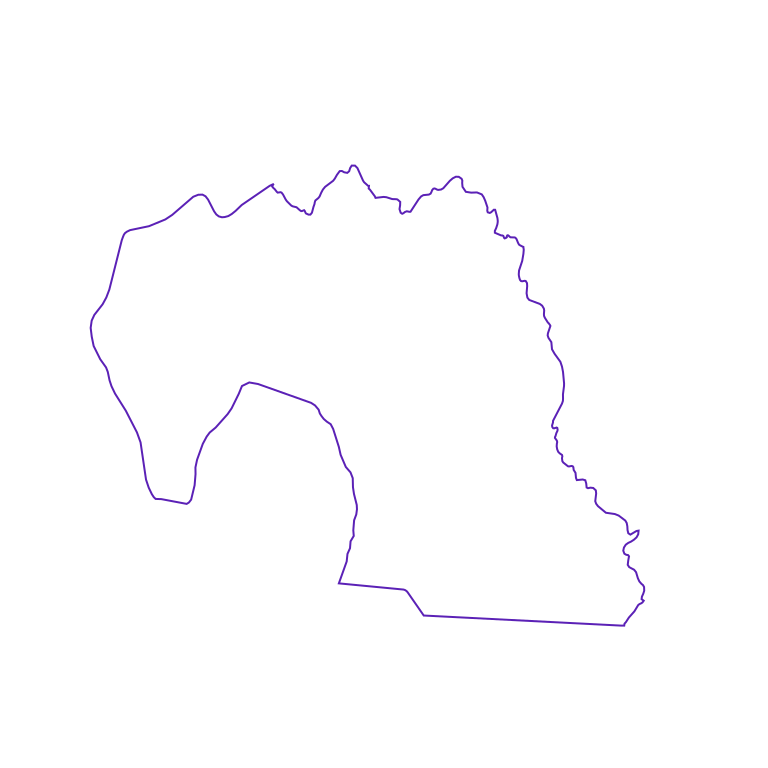 SVG path tracing the border of Western Equatoria, rotated 192°
{"feature_id": "SDS-864", "entity_name": "Western Equatoria", "entity_type": "State", "adm_level": 1, "iso_a3": "SSD", "parent_name": "South Sudan", "parent_adm1": "", "projection": "equal_earth", "projection_center": [28.334, 5.546], "detail": "fine", "context": "isolated", "style": "outline", "palette": "violet", "viewbox_px": 768, "rotation_deg": 192, "n_neighbors": 0, "source": "natural_earth", "source_scale": "10m", "svg_char_len": 4634}
<svg xmlns="http://www.w3.org/2000/svg" viewBox="0 0 768 768"><g transform="rotate(192 384 384)"><path d="M109.7,267.4L108.5,266.4L108.4,262.2L108.0,257.8L106.0,255.8L100.7,254.3L98.3,252.3L95.3,246.8L93.2,244.0L90.7,242.1L88.8,241.1L87.4,239.5L86.5,235.9L86.8,232.8L87.5,229.6L87.3,227.1L84.9,226.0L85.8,224.0L87.0,222.8L88.3,221.9L89.4,220.6L91.8,213.7L95.9,206.5L97.9,201.3L98.9,199.6L98.8,197.6L102.3,196.9L297.0,165.8L317.6,185.2L318.8,186.1L320.5,186.8L322.1,187.0L386.7,179.6L383.6,202.7L384.4,210.2L383.1,216.3L384.0,223.2L382.0,229.1L383.6,234.5L384.9,244.5L384.0,250.6L384.4,255.9L385.5,260.0L390.5,270.2L392.9,276.6L395.0,285.4L398.4,290.6L404.1,294.9L411.7,305.7L415.1,313.1L424.4,329.5L427.8,333.6L432.1,335.3L435.7,337.3L438.3,339.5L440.6,341.8L442.6,345.3L447.0,348.7L451.4,350.4L507.2,357.8L516.1,357.5L522.5,352.5L524.0,344.3L528.0,328.5L530.7,322.0L539.6,306.4L544.4,300.3L546.5,295.7L548.8,287.8L551.1,271.0L551.1,263.2L549.6,256.6L548.2,245.6L548.6,230.8L550.2,227.5L552.1,225.7L577.9,225.1L583.5,224.1L585.7,225.5L588.2,228.0L592.6,233.7L596.9,241.0L610.0,276.3L615.6,285.3L631.0,304.2L645.1,318.7L650.1,325.2L653.2,330.5L656.7,338.4L659.3,342.4L666.7,349.2L675.9,360.8L679.7,369.5L682.6,377.9L683.1,385.2L681.7,391.4L675.8,403.5L673.6,410.9L672.3,419.3L670.4,470.1L669.9,473.6L669.5,475.8L668.8,477.6L667.2,479.5L664.4,481.7L646.7,489.5L632.1,499.5L626.3,505.4L609.5,527.5L605.0,530.5L600.9,531.5L597.6,530.5L594.4,527.8L586.1,517.6L583.3,515.0L580.4,513.6L577.2,513.4L574.5,514.2L571.2,515.9L568.3,518.6L565.2,522.4L560.4,529.5L537.0,554.1L533.4,556.8L534.0,555.8L534.4,553.9L532.9,552.7L531.6,552.0L528.7,549.6L527.8,549.1L525.0,550.1L524.0,549.9L522.2,548.4L518.5,544.0L517.0,542.6L511.7,539.2L510.2,538.8L506.3,538.7L502.5,536.5L501.0,535.9L500.2,536.1L498.3,537.4L497.6,536.9L496.3,535.1L495.8,534.6L493.1,534.0L491.2,534.4L490.1,536.6L489.8,542.6L489.4,545.6L489.5,547.3L489.3,549.2L486.9,552.2L486.0,554.0L485.2,558.0L484.2,561.5L482.6,564.6L476.0,572.2L474.8,574.7L473.5,578.8L471.6,583.0L469.5,583.6L466.9,582.8L463.8,582.9L462.3,584.9L462.0,588.2L461.0,590.9L457.8,591.6L454.9,589.7L446.8,578.6L445.4,577.2L440.3,574.3L439.9,574.5L439.6,572.0L438.2,571.2L432.0,565.7L431.0,564.3L423.3,566.9L420.5,567.2L414.4,566.6L410.5,567.3L409.2,567.3L406.0,565.5L405.4,562.2L405.2,558.3L403.3,555.0L401.6,554.3L400.5,555.1L399.4,556.5L397.6,557.7L395.0,557.7L393.9,558.0L388.6,571.7L386.7,575.2L384.8,576.9L379.5,578.6L378.0,579.9L377.5,581.8L377.2,583.7L376.3,585.3L375.1,585.8L373.9,585.6L372.7,585.2L371.4,585.1L368.6,586.1L366.7,587.8L361.8,596.5L359.5,599.5L356.8,601.7L353.9,602.2L350.8,600.9L349.7,599.3L349.3,596.8L348.2,593.2L343.9,589.0L338.5,589.3L332.9,590.7L327.8,589.8L325.4,587.5L323.1,584.3L319.5,578.2L319.0,574.9L318.2,573.5L316.1,573.3L314.9,574.3L312.8,577.3L311.5,577.5L307.6,570.0L307.0,568.3L306.6,567.0L306.4,565.6L306.3,563.7L306.7,559.8L307.4,556.8L307.0,555.0L300.4,553.7L299.0,553.9L298.1,553.7L296.8,551.8L296.2,551.5L295.0,552.3L294.5,552.9L294.7,553.1L294.6,553.5L294.5,554.4L294.2,555.1L293.4,555.2L291.3,554.0L290.6,553.8L286.9,554.5L285.9,554.4L284.5,553.3L282.2,549.9L280.9,548.4L279.9,548.0L276.7,547.1L276.2,547.1L275.2,544.3L274.7,540.2L274.4,533.1L275.5,523.1L275.0,519.4L274.5,517.8L273.6,515.8L272.6,514.1L271.4,513.2L270.2,513.2L267.8,514.2L266.8,514.2L265.1,512.4L264.3,509.5L263.4,502.4L261.7,498.3L259.4,496.4L248.2,494.7L245.6,493.5L243.3,491.0L242.6,489.2L242.1,485.6L241.6,483.9L240.5,482.3L236.5,478.2L235.6,477.7L234.8,477.0L234.0,476.3L233.3,475.4L234.2,467.7L234.0,465.5L232.7,463.3L229.0,459.7L226.9,452.9L223.4,449.0L216.1,442.4L213.5,438.0L211.4,433.0L208.0,422.1L207.5,419.5L206.8,411.1L205.8,406.7L205.5,404.6L205.8,401.9L211.0,383.1L210.7,381.5L211.0,378.4L210.5,377.0L209.3,375.9L208.3,376.0L207.6,376.5L207.2,376.7L206.7,376.9L206.1,377.3L205.4,377.1L204.7,375.5L204.6,374.3L205.2,371.8L205.4,368.8L205.7,367.7L205.6,366.8L203.4,364.8L202.8,364.0L202.5,363.0L202.5,361.5L202.1,358.8L201.0,356.1L199.5,353.9L197.7,352.7L195.1,351.6L194.5,350.3L194.5,348.5L193.5,345.6L192.4,344.5L187.0,341.8L185.9,341.8L183.6,342.8L182.4,342.8L181.5,342.0L180.6,339.4L178.2,336.9L176.7,332.1L175.4,330.1L169.8,331.9L167.1,331.7L165.5,328.7L164.3,324.9L162.8,324.5L160.6,325.5L157.7,325.8L154.7,324.0L153.7,321.0L153.0,313.3L151.6,311.0L149.3,309.0L140.2,304.2L131.2,304.8L127.1,304.1L119.6,300.6L117.7,298.5L116.4,295.4L115.4,291.7L114.0,288.8L111.7,287.9L106.5,292.7L104.5,293.5L104.1,289.8L105.1,286.5L107.2,283.6L109.7,281.1L112.0,279.4L114.1,277.1L115.3,273.9L115.3,270.7L113.6,268.0L111.5,267.3L109.7,267.4Z" fill="none" stroke="#5b21b6" stroke-width="2"/></g></svg>